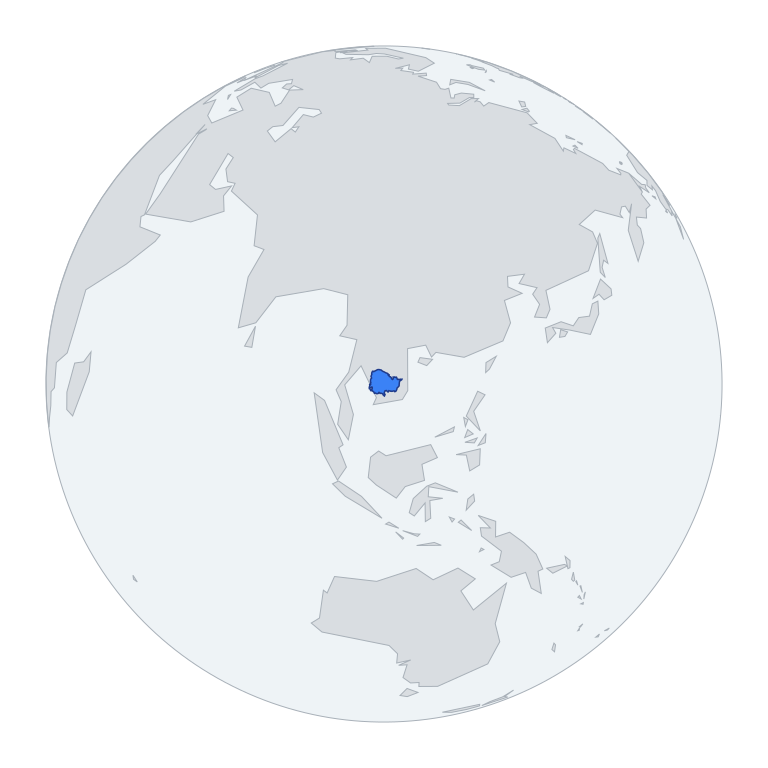 Cambodia on an orthographic globe, rotated 28°
{"feature_id": "KHM", "entity_name": "Cambodia", "entity_type": "country or territory", "adm_level": 0, "iso_a3": "KHM", "parent_name": "Asia", "parent_adm1": "", "projection": "orthographic", "projection_center": [105.132, 12.558], "detail": "fine", "context": "on_globe", "style": "filled", "palette": "blue", "viewbox_px": 768, "rotation_deg": 28, "n_neighbors": 0, "source": "natural_earth", "source_scale": "50m", "svg_char_len": 12110}
<svg xmlns="http://www.w3.org/2000/svg" viewBox="0 0 768 768"><g transform="rotate(28 384 384)"><circle cx="384" cy="384" r="338" fill="#eef3f6" stroke="#a8b0b8"/><path d="M697.5,493.7L696.9,496.0L696.7,496.4L697.5,493.7ZM539.7,84.1L540.6,84.9L552.7,92.2L541.4,86.0L571.8,106.0L580.7,115.7L563.8,100.7L556.8,96.4L559.5,100.3L552.9,96.9L550.4,97.2L542.2,93.1L533.0,85.8L527.6,83.4L529.8,86.5L523.0,85.2L520.6,80.8L508.6,78.3L490.9,68.1L491.1,63.7L474.5,58.4L473.1,58.0L495.9,65.1L518.1,73.8L539.7,84.1ZM696.0,254.2L695.9,254.1L695.8,253.7L696.0,254.2ZM562.9,98.9L560.7,96.9L565.1,100.2L562.9,98.9ZM551.4,98.0L554.2,99.9L551.7,99.4L551.4,98.0ZM537.0,92.9L532.2,92.0L535.5,91.5L537.0,92.9ZM528.4,90.6L516.9,89.5L522.0,93.2L501.1,83.0L517.8,86.8L521.0,85.4L523.2,88.1L528.4,90.6ZM491.4,78.1L487.3,77.1L489.9,76.8L491.4,78.1ZM466.2,56.2L465.8,56.2L455.7,53.9L454.1,53.7L447.0,52.0L466.2,56.2ZM440.0,50.8L436.0,50.1L442.6,51.3L435.3,50.3L431.6,49.5L430.2,49.4L428.0,49.1L427.4,48.9L440.0,50.8ZM411.7,47.2L412.0,47.3L409.8,47.1L411.7,47.2ZM421.1,48.1L415.1,47.5L415.5,47.6L421.1,48.1ZM431.7,50.0L443.8,51.8L444.2,52.0L431.7,50.0ZM408.3,47.0L410.2,47.2L407.4,46.9L408.3,47.0ZM424.3,48.9L428.5,49.3L428.9,49.5L424.3,48.9ZM410.3,47.4L408.0,47.1L411.1,47.3L410.3,47.4ZM416.5,48.0L416.0,48.2L413.7,47.5L418.3,48.1L416.5,48.0ZM423.9,48.9L425.5,49.2L422.1,48.7L423.9,48.9ZM399.5,47.3L395.9,46.5L402.9,46.7L405.5,47.4L399.5,47.3ZM117.0,176.8L116.7,178.2L114.4,181.8L104.1,195.5L92.8,222.1L101.9,212.0L102.3,229.8L109.4,234.4L130.9,208.3L119.4,199.8L127.9,185.2L145.8,180.4L157.5,189.8L161.2,184.5L162.7,168.8L174.5,162.0L164.3,162.9L161.7,169.1L155.2,170.3L157.2,164.8L161.3,162.3L160.3,158.0L141.1,172.6L136.4,180.5L128.3,178.2L119.7,191.5L114.3,195.8L126.8,175.1L132.5,168.7L148.3,146.0L141.5,152.2L126.2,174.5L126.9,171.7L117.7,182.0L125.3,172.0L143.9,147.7L142.6,147.5L174.4,118.9L173.6,119.6L184.4,112.3L184.6,113.4L201.7,102.5L204.2,102.0L193.3,108.3L185.9,114.0L188.0,119.1L192.2,117.7L203.1,110.5L202.3,113.5L212.7,106.1L220.2,107.1L219.7,100.2L232.5,93.3L244.1,90.3L248.2,87.2L229.4,92.4L222.0,95.8L215.8,100.5L195.6,110.8L192.1,111.0L212.9,96.8L210.3,96.2L227.7,86.8L267.7,76.2L277.8,77.1L267.5,91.7L257.7,94.5L256.6,90.2L245.8,100.0L252.3,96.3L251.7,99.3L263.8,94.9L263.9,96.9L275.3,89.7L276.8,91.7L269.5,96.2L288.7,92.9L295.3,96.7L299.6,95.2L302.3,92.4L308.8,100.0L311.7,98.6L310.7,95.4L315.7,90.8L327.2,86.0L328.8,88.9L324.9,91.0L319.1,100.4L308.4,106.4L310.2,107.3L319.9,102.8L327.0,91.1L333.4,87.6L331.5,92.7L332.7,90.5L336.4,89.7L341.6,91.8L344.4,86.3L383.0,77.4L396.9,81.9L390.9,86.6L419.6,86.9L433.0,94.2L432.0,91.0L445.1,90.4L441.1,88.0L441.6,86.5L473.5,86.6L482.2,89.7L494.8,88.2L494.3,86.9L488.5,84.3L501.1,83.0L522.0,93.2L522.0,95.6L535.0,101.3L533.3,106.5L537.9,114.2L528.5,118.1L533.0,124.7L537.6,126.3L547.1,137.3L550.8,156.3L527.5,133.6L518.0,108.6L520.1,117.5L513.6,113.7L510.6,116.1L512.6,123.3L516.6,125.1L488.8,131.3L481.5,151.5L496.8,151.8L506.4,159.5L511.4,188.0L483.0,225.3L495.5,240.1L496.3,249.4L485.5,254.2L484.0,240.6L473.1,234.9L473.9,227.1L456.1,231.9L456.5,221.1L442.5,231.0L447.9,240.1L463.4,239.1L451.1,253.7L467.0,270.6L468.8,290.1L442.2,322.8L415.0,331.7L413.3,337.9L402.6,330.1L388.2,341.7L408.1,378.7L407.5,389.1L384.2,407.3L383.7,399.6L355.2,378.7L349.7,403.2L371.3,425.3L378.7,450.0L362.0,441.3L354.5,419.6L344.4,411.6L347.3,390.1L339.2,357.6L322.3,362.2L323.8,349.5L310.1,322.2L286.0,328.1L247.6,357.8L242.1,390.1L229.0,402.8L213.8,353.3L214.9,321.6L204.4,322.9L192.9,294.1L158.7,285.3L158.3,276.7L150.9,278.8L143.5,268.4L144.6,254.8L138.1,253.7L136.4,289.8L143.9,291.3L156.4,280.7L154.0,293.2L161.7,306.6L137.3,331.6L93.8,345.9L97.1,321.3L102.9,250.5L106.9,244.0L107.3,243.2L107.8,241.8L100.6,251.9L104.2,238.8L93.0,285.7L87.8,305.2L93.1,347.1L90.8,350.2L94.7,359.8L116.5,357.5L115.0,365.5L100.1,399.2L76.5,440.8L84.0,476.5L89.7,505.3L84.6,518.9L94.8,542.1L93.6,547.0L100.0,559.6L104.5,570.8L108.5,579.4L107.2,577.8L94.2,557.8L82.7,536.9L72.6,515.3L64.1,493.0L57.2,470.2L52.0,446.9L48.4,423.3L46.4,399.6L46.2,375.7L47.6,351.9L50.7,328.3L55.5,304.9L61.9,281.9L69.9,259.4L79.4,237.6L90.5,216.5L103.1,196.2L117.0,176.8ZM162.2,215.4L174.2,221.3L182.1,202.2L187.4,203.2L188.1,196.8L182.6,200.8L186.3,184.0L196.3,181.5L201.7,174.2L197.9,172.1L179.0,179.7L173.4,203.2L165.0,209.0L162.2,215.4ZM215.9,90.8L216.9,90.5L212.8,92.7L211.3,93.7L204.4,97.8L185.0,111.1L178.7,115.8L179.5,115.0L215.9,90.8ZM267.6,66.8L266.7,67.1L259.5,69.8L267.6,66.8ZM293.7,58.4L292.9,58.6L293.0,58.6L293.7,58.4ZM374.3,46.2L373.6,46.2L382.1,46.1L374.1,46.4L377.1,46.5L372.2,47.5L359.2,48.5L363.6,48.6L360.1,49.9L349.4,51.4L352.7,49.9L338.6,52.9L336.9,51.8L335.3,52.2L329.9,52.3L320.6,53.5L321.4,52.9L317.5,53.7L313.8,54.2L308.6,55.2L308.2,54.9L301.9,56.3L305.3,55.4L294.5,58.2L302.4,56.1L301.6,56.3L325.6,51.2L349.8,47.8L374.3,46.2ZM401.0,46.5L400.7,46.5L400.4,46.5L396.8,46.3L399.4,46.5L395.1,46.5L396.0,46.8L390.8,46.6L397.7,47.5L382.6,47.8L374.2,47.7L386.2,46.3L384.6,46.1L388.1,46.1L401.0,46.5ZM118.4,177.8L117.9,179.4L118.6,180.3L112.8,187.2L118.4,177.8ZM130.7,161.1L131.1,161.0L123.2,170.2L123.8,169.0L130.7,161.1ZM138.1,153.6L131.8,160.3L135.5,156.0L138.1,153.6ZM194.5,108.2L195.8,108.2L193.3,110.0L189.5,112.2L194.5,108.2ZM306.9,63.4L310.2,61.7L312.2,61.6L323.5,58.5L325.6,59.5L319.7,61.8L306.9,63.4ZM125.1,211.5L119.1,215.4L119.8,212.0L121.7,211.3L125.1,211.5ZM112.7,200.4L112.3,206.3L111.1,202.2L112.7,200.4ZM311.1,64.1L315.5,62.6L313.9,64.1L311.1,64.1ZM327.8,60.3L327.0,61.8L327.2,59.3L327.8,60.3ZM252.1,670.7L259.1,674.6L254.5,674.0L252.1,670.7ZM118.0,511.6L124.1,558.4L115.9,555.5L107.8,540.0L101.1,510.7L108.4,505.4L110.2,493.1L118.0,511.6ZM463.7,509.1L473.7,510.8L473.3,512.3L463.7,509.1ZM453.2,503.6L464.8,504.4L451.2,506.9L453.2,503.6ZM469.3,504.7L481.0,502.1L486.1,499.7L485.2,502.8L469.3,504.7ZM445.3,503.5L402.4,501.3L385.4,496.3L389.4,491.0L416.9,493.8L445.3,503.5ZM388.0,490.7L362.0,473.3L326.5,424.6L339.2,426.4L376.4,456.9L374.0,461.5L389.8,475.0L388.0,490.7ZM450.9,464.6L448.4,479.0L424.7,476.8L414.0,474.0L406.5,454.9L410.7,445.7L419.5,446.4L453.7,415.6L465.7,423.9L455.2,437.1L465.0,450.1L450.9,464.6ZM243.4,393.3L250.1,413.7L243.1,416.0L243.4,393.3ZM467.5,393.5L453.8,407.1L466.3,388.8L467.5,393.5ZM474.9,376.1L475.8,383.3L470.1,376.1L474.9,376.1ZM413.1,347.7L403.7,348.8L403.4,343.8L415.3,339.4L413.1,347.7ZM470.1,306.8L470.1,321.3L468.4,326.2L464.0,317.2L470.1,306.8ZM335.7,77.6L317.5,80.1L305.9,84.0L301.6,89.0L299.9,83.7L317.8,77.6L335.7,77.6ZM377.0,76.8L380.7,73.4L384.3,74.9L383.9,75.9L377.0,76.8ZM375.5,74.7L370.3,70.8L375.8,69.0L378.8,72.4L375.5,74.7ZM340.0,65.5L334.5,66.0L336.0,64.6L340.0,65.5ZM618.9,621.9L619.5,623.3L609.9,632.4L597.9,642.1L589.6,646.4L618.9,621.9ZM544.4,651.5L547.3,642.0L558.8,640.4L551.3,649.1L544.4,651.5ZM626.9,614.4L635.6,604.6L642.1,593.4L637.2,603.3L640.2,602.3L621.3,622.0L626.9,614.4ZM511.2,612.5L445.7,632.1L432.0,629.2L436.9,620.9L427.3,594.5L431.9,595.2L430.7,577.2L470.2,561.7L499.0,531.8L519.3,533.8L535.7,511.8L556.1,513.2L549.0,530.6L569.0,541.6L585.6,502.4L594.7,543.4L607.2,557.2L607.0,582.4L573.3,625.8L556.8,634.7L555.1,631.1L547.8,635.5L538.6,634.3L536.2,621.1L529.0,625.5L537.2,615.1L526.2,624.4L522.6,615.8L511.2,612.5ZM655.7,533.0L657.9,533.8L660.3,540.4L656.9,539.6L655.7,533.0ZM691.6,503.6L691.8,506.7L689.8,508.1L691.6,503.6ZM696.7,496.4L694.4,498.5L697.5,493.7L696.7,496.4ZM671.2,507.4L672.0,509.8L670.9,510.9L671.2,507.4ZM670.4,506.7L672.2,502.4L671.5,506.5L670.4,506.7ZM661.0,485.7L662.6,483.4L663.2,485.0L661.0,485.7ZM488.6,511.3L502.8,500.3L510.3,499.5L488.6,511.3ZM659.1,481.3L655.2,481.3L655.8,479.0L659.1,481.3ZM659.6,476.1L659.4,473.0L661.4,480.1L659.6,476.1ZM652.5,469.7L657.0,474.9L651.9,470.4L652.5,469.7ZM649.6,470.6L646.1,468.4L646.4,467.4L649.6,470.6ZM607.9,477.0L621.2,495.1L609.9,495.1L597.5,483.9L587.0,495.0L563.5,493.6L569.2,486.8L566.2,476.5L541.5,472.5L536.5,465.7L545.5,461.2L528.9,455.8L547.1,452.8L554.3,466.7L564.5,455.9L581.8,458.4L598.2,462.8L611.1,472.8L607.9,477.0ZM546.8,483.2L549.9,483.2L547.0,487.3L546.8,483.2ZM639.5,461.2L644.5,467.6L643.8,469.3L641.3,468.4L639.5,461.2ZM614.1,470.3L628.1,458.5L631.3,458.6L621.9,471.8L614.1,470.3ZM624.9,451.2L631.2,452.6L634.4,458.9L633.1,460.7L624.9,451.2ZM509.7,470.1L508.9,473.9L504.1,470.8L509.7,470.1ZM515.9,467.9L530.2,472.2L514.5,471.2L515.9,467.9ZM471.8,453.6L476.0,462.8L489.6,457.3L479.2,465.4L488.3,480.6L485.1,486.1L476.1,469.7L472.7,486.3L466.7,485.8L463.6,471.4L469.7,454.2L475.7,447.2L500.1,444.8L471.8,453.6ZM515.8,456.8L512.0,446.2L514.9,439.2L519.0,444.8L515.8,456.8ZM500.5,420.5L490.1,408.1L480.8,412.5L499.4,396.0L506.4,410.6L500.5,420.5ZM491.4,393.6L482.8,397.5L491.6,387.9L491.4,393.6ZM480.4,393.4L479.3,384.9L486.2,386.2L480.4,393.4ZM496.0,394.1L497.3,379.8L501.0,388.3L496.0,394.1ZM476.0,366.0L491.1,380.2L471.7,373.7L470.1,346.4L478.3,346.1L476.0,366.0ZM517.0,260.4L514.5,253.1L521.7,251.8L521.4,257.1L517.0,260.4ZM543.0,243.3L522.9,249.1L506.3,255.0L511.9,258.5L508.9,270.8L500.1,258.9L511.1,245.9L523.8,243.8L524.8,233.9L533.6,227.6L530.3,215.4L533.9,210.4L540.7,221.3L543.0,243.3ZM528.4,210.3L525.9,189.7L539.8,193.4L543.5,198.7L538.8,206.3L531.7,203.8L528.4,210.3ZM529.4,186.1L522.5,183.8L504.3,154.8L503.9,149.9L525.1,172.4L519.8,171.6L521.8,178.6L529.4,186.1ZM489.0,78.7L487.4,77.3L491.1,78.7L489.0,78.7ZM439.1,85.2L440.4,83.5L444.7,84.8L439.1,85.2ZM446.5,79.7L440.7,79.3L446.1,78.5L446.5,79.7ZM427.9,79.1L438.1,78.6L429.4,80.9L427.9,79.1Z" fill="#d9dde1" stroke="#a8b0b8" stroke-width="1"/><path d="M397.6,371.3L397.7,371.6L397.5,372.2L397.2,372.8L396.8,373.3L396.7,373.6L396.6,374.7L396.6,375.0L396.8,375.3L396.9,375.5L397.3,376.5L397.7,377.5L398.1,378.3L398.2,378.7L397.9,380.0L397.5,381.2L397.5,381.7L397.7,382.3L397.9,383.1L397.9,384.0L397.9,384.7L397.7,385.1L397.3,385.5L397.0,385.7L396.7,385.4L396.4,385.3L396.0,385.5L395.7,385.6L395.1,386.2L394.4,386.8L393.4,387.0L393.0,387.4L392.6,387.4L391.9,387.5L391.4,387.6L391.4,387.8L391.4,388.8L391.4,389.1L391.0,389.2L390.4,389.0L389.6,388.7L389.0,388.7L388.8,389.2L388.6,389.3L388.4,389.4L388.2,389.4L388.1,389.6L388.1,389.9L388.2,390.3L388.2,391.0L388.2,391.4L388.4,391.7L389.6,392.7L390.0,393.0L389.8,393.6L390.0,394.4L389.6,394.4L389.0,394.1L388.7,393.9L388.3,394.0L388.2,394.0L387.9,393.6L387.6,393.2L387.3,393.2L386.6,393.4L385.9,393.5L385.6,393.5L385.1,394.1L384.9,394.0L384.2,393.8L383.5,393.7L383.4,393.9L383.4,394.3L383.6,394.8L383.1,395.2L382.7,395.6L382.4,395.9L382.2,396.0L381.4,396.0L380.7,396.0L380.4,396.3L380.1,396.6L379.9,396.7L379.0,395.9L377.1,395.6L376.9,395.3L376.7,395.2L376.5,395.6L375.5,396.1L375.0,395.8L374.7,395.5L374.8,395.1L375.1,394.8L375.6,394.6L375.8,393.8L375.4,392.8L375.1,392.5L374.7,392.3L374.4,392.7L374.0,393.3L373.7,393.6L373.2,393.7L372.5,393.7L372.3,392.7L372.2,391.9L372.3,391.0L372.4,390.4L371.7,389.7L371.7,388.9L371.4,388.6L371.3,388.8L371.3,389.0L371.2,388.8L370.2,386.7L370.0,385.7L370.2,385.0L370.3,384.7L370.0,384.3L369.6,383.9L368.9,383.3L368.8,382.3L368.7,381.2L368.4,380.9L368.1,380.2L367.9,379.6L367.9,378.1L368.0,378.0L368.5,378.0L369.2,377.9L369.3,377.6L369.2,377.4L369.6,377.1L370.2,376.4L370.7,375.6L371.1,375.1L371.3,374.6L372.0,374.0L373.0,373.5L373.6,373.4L374.3,373.2L374.9,373.0L375.3,373.0L376.1,373.3L376.5,373.3L377.0,373.3L377.4,373.4L377.8,373.3L378.8,373.2L379.9,373.3L380.8,373.2L382.0,373.0L382.6,373.1L383.1,373.3L383.1,373.8L383.3,374.0L383.7,374.2L384.0,373.8L384.2,373.5L384.3,373.5L384.4,374.0L384.7,374.3L384.9,374.5L385.2,374.9L385.5,374.9L386.3,374.6L387.5,375.0L388.0,375.6L388.4,375.9L389.4,376.0L389.7,375.2L389.5,374.7L389.0,373.9L388.8,373.5L389.0,373.4L389.9,373.3L390.0,373.2L390.2,372.7L390.5,372.7L391.0,372.8L391.5,372.4L391.8,372.1L392.0,372.2L392.2,372.5L392.4,372.6L392.8,372.9L393.2,373.2L393.4,373.5L393.6,373.6L394.2,373.5L394.3,373.5L394.6,373.2L394.8,372.9L395.0,373.0L395.3,373.0L395.8,372.5L396.2,372.1L396.3,372.0L396.8,372.2L397.0,372.1L397.3,371.5L397.6,371.3ZM371.9,391.5L371.7,391.5L371.6,391.4L371.6,391.1L371.7,390.9L371.9,390.8L371.9,391.5ZM373.5,394.8L373.3,395.0L372.9,394.6L372.9,394.4L373.5,394.8Z" fill="#3b82f6" stroke="#1e3a8a" stroke-width="1.5"/></g></svg>